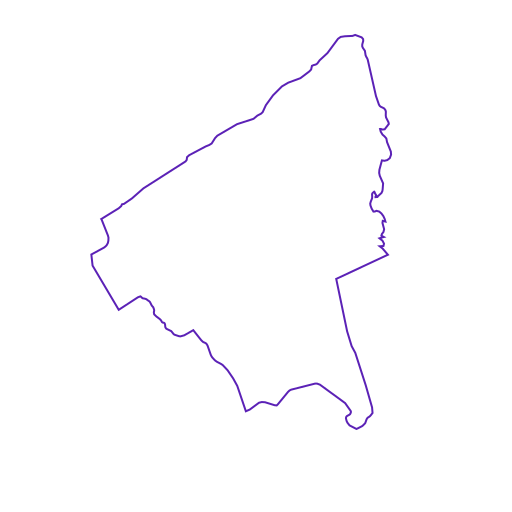 an SVG outline of Bas-Sassandra, rotated 166°
{"feature_id": "CIV-3448", "entity_name": "Bas-Sassandra", "entity_type": "Department", "adm_level": 1, "iso_a3": "CIV", "parent_name": "Ivory Coast", "parent_adm1": "", "projection": "orthographic", "projection_center": [-6.849, 5.451], "detail": "fine", "context": "isolated", "style": "outline", "palette": "violet", "viewbox_px": 512, "rotation_deg": 166, "n_neighbors": 0, "source": "natural_earth", "source_scale": "10m", "svg_char_len": 3158}
<svg xmlns="http://www.w3.org/2000/svg" viewBox="0 0 512 512"><g transform="rotate(166 256 256)"><path d="M133.6,235.5L131.4,232.7L127.7,225.3L130.9,224.7L183.7,214.4L185.8,160.9L185.0,145.4L183.1,138.0L180.8,103.9L180.0,81.0L180.9,75.5L182.9,73.9L184.2,73.0L185.4,72.5L186.2,72.3L187.0,71.9L187.6,71.4L188.2,70.8L190.4,67.5L190.9,67.1L193.6,65.5L194.4,65.2L199.1,64.1L200.4,63.9L206.2,69.0L207.6,72.1L208.0,74.0L208.0,75.5L208.0,76.7L207.7,77.5L207.3,78.1L206.7,78.6L205.0,79.1L204.1,79.3L203.1,79.7L202.4,80.4L201.6,81.7L201.6,82.7L205.1,91.7L225.1,115.7L227.6,117.4L229.5,117.9L254.3,117.8L256.0,117.4L257.8,116.4L270.7,106.8L272.1,106.0L274.0,106.7L282.6,111.9L285.7,112.9L288.6,112.9L299.2,108.5L303.4,107.8L305.6,134.5L307.8,142.8L311.2,152.0L314.6,158.1L315.7,159.4L316.7,160.3L317.1,160.7L319.4,162.7L320.8,164.3L321.6,165.6L323.0,168.2L323.5,169.7L323.8,171.1L324.7,180.9L325.2,182.5L325.8,183.5L327.2,184.7L327.9,185.1L328.7,186.2L329.6,187.7L334.8,199.2L344.8,196.4L348.8,196.3L350.1,196.8L354.2,199.4L354.9,200.3L356.4,203.6L360.1,206.7L360.7,207.3L361.0,208.1L361.2,209.0L360.9,210.9L360.8,211.9L361.1,213.1L361.8,213.7L362.7,214.0L363.2,214.6L363.7,216.5L364.8,218.4L365.7,219.4L366.4,220.4L367.1,221.1L368.9,224.0L368.8,225.8L368.5,226.7L368.1,227.4L367.9,228.2L367.9,229.2L368.1,231.1L368.5,231.9L368.9,232.6L369.2,233.4L370.0,236.9L370.4,237.7L370.9,238.3L372.0,239.5L372.7,240.5L373.4,241.0L374.4,241.6L376.2,242.4L376.9,243.3L377.4,244.2L377.9,244.8L380.6,244.5L402.2,237.0L416.9,286.2L415.4,297.3L401.5,300.9L399.9,301.6L398.4,302.5L396.7,304.3L396.1,305.4L395.5,306.7L394.7,309.5L394.7,311.6L397.0,328.8L397.2,329.3L377.7,335.5L374.8,337.0L373.5,338.6L371.5,338.5L362.4,341.9L348.8,348.9L301.5,364.8L300.0,366.0L299.0,368.6L296.4,370.0L278.2,374.5L274.6,375.0L271.8,375.9L267.2,380.3L264.4,382.1L242.5,388.5L225.2,389.7L220.7,391.9L216.6,392.9L214.7,394.0L209.9,400.0L200.6,407.8L189.8,414.3L182.7,416.4L169.9,417.8L159.6,422.2L157.4,423.6L155.7,427.0L153.8,427.3L151.7,427.3L150.0,427.9L146.9,430.5L137.6,435.6L123.9,446.9L120.8,448.1L116.6,447.7L109.1,446.2L106.3,446.5L100.6,442.6L99.6,440.6L99.9,438.8L101.7,435.6L102.2,433.8L102.0,432.2L100.7,428.7L101.1,424.3L100.8,422.5L100.3,420.9L100.1,419.4L100.9,382.2L100.1,373.2L99.6,371.6L98.6,370.4L97.3,369.4L95.9,368.1L95.1,366.1L95.1,365.9L95.1,364.6L96.1,361.0L96.3,359.0L95.1,353.6L95.2,352.0L100.5,347.8L102.7,348.1L104.2,349.1L104.9,349.2L104.9,346.5L103.9,343.2L102.3,340.9L101.1,338.5L101.3,334.8L99.9,324.7L100.4,321.7L102.5,318.6L105.4,317.3L108.3,317.3L110.7,318.3L115.4,309.8L116.4,306.8L116.5,303.9L115.1,295.7L117.0,290.0L117.7,288.4L119.0,286.8L123.4,284.4L123.9,283.9L125.8,284.2L125.6,284.9L124.7,285.8L124.9,286.7L125.4,287.8L125.4,289.1L125.8,289.8L127.5,289.0L128.4,288.0L129.0,285.1L129.4,283.9L131.5,281.0L132.5,279.2L132.7,277.3L132.3,273.9L131.3,270.7L130.0,270.4L128.2,270.7L125.7,269.3L124.0,266.9L122.8,264.0L122.2,260.9L122.1,258.1L124.5,259.4L125.3,257.5L125.2,251.0L126.5,248.5L128.5,246.9L129.4,245.4L129.1,245.1L127.4,243.5L128.5,243.5L131.9,243.3L129.6,240.3L128.8,237.0L129.9,234.9L133.6,235.5Z" fill="none" stroke="#5b21b6" stroke-width="2"/></g></svg>